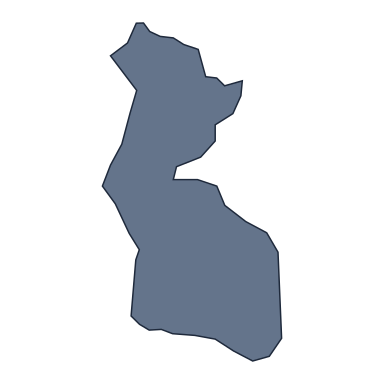 Lira, orthographic projection
{"feature_id": "UGA-3099", "entity_name": "Lira", "entity_type": "District", "adm_level": 1, "iso_a3": "UGA", "parent_name": "Uganda", "parent_adm1": "", "projection": "orthographic", "projection_center": [32.907, 2.332], "detail": "fine", "context": "isolated", "style": "filled", "palette": "slate", "viewbox_px": 384, "rotation_deg": 0, "n_neighbors": 0, "source": "natural_earth", "source_scale": "10m", "svg_char_len": 681}
<svg xmlns="http://www.w3.org/2000/svg" viewBox="0 0 384 384"><path d="M130.1,113.0L136.7,90.4L110.5,55.8L127.5,43.0L136.3,23.2L143.5,23.0L149.7,31.5L160.2,36.4L173.3,37.9L183.7,44.5L198.2,49.4L205.7,76.7L216.7,78.0L224.6,85.8L242.3,80.8L240.9,95.8L232.9,113.6L215.2,124.8L215.2,141.0L200.7,157.1L176.5,166.7L173.3,179.6L197.5,179.6L216.8,186.1L224.8,205.4L245.8,221.6L266.7,232.8L278.0,252.2L281.6,338.3L269.3,356.3L252.7,361.0L233.6,351.0L215.2,339.1L194.9,335.4L172.6,333.7L161.3,329.4L149.2,330.1L139.5,324.3L131.1,316.0L135.8,259.9L139.3,249.7L129.2,233.4L115.3,203.8L102.4,186.1L110.5,165.1L121.8,144.2L130.1,113.0Z" fill="#64748b" stroke="#1e293b" stroke-width="1.5"/></svg>